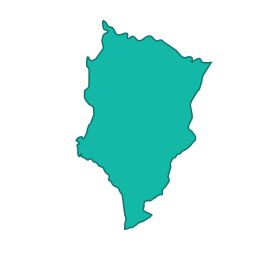 map outline of Si Sa Ket (Natural Earth projection), rotated 204°
{"feature_id": "THA-425", "entity_name": "Si Sa Ket", "entity_type": "Province", "adm_level": 1, "iso_a3": "THA", "parent_name": "Thailand", "parent_adm1": "", "projection": "natural_earth1", "projection_center": [104.414, 14.961], "detail": "fine", "context": "isolated", "style": "filled", "palette": "teal", "viewbox_px": 256, "rotation_deg": 204, "n_neighbors": 0, "source": "natural_earth", "source_scale": "10m", "svg_char_len": 4520}
<svg xmlns="http://www.w3.org/2000/svg" viewBox="0 0 256 256"><g transform="rotate(204 128 128)"><path d="M183.8,213.3L182.8,213.2L180.7,212.0L178.9,210.4L177.1,209.1L174.9,208.9L173.1,209.9L169.1,213.5L167.1,214.0L166.2,213.2L165.5,210.4L164.5,209.8L163.4,210.3L162.1,212.8L161.2,213.6L159.0,213.7L155.7,212.1L153.5,212.1L151.4,213.5L150.0,215.7L148.7,218.1L147.2,220.0L144.6,221.2L142.4,220.7L140.3,219.6L137.9,219.1L136.5,219.5L135.4,220.4L134.6,221.3L133.9,221.7L133.4,221.7L132.6,221.8L131.7,221.5L130.8,221.1L115.8,218.5L108.6,215.2L105.4,214.9L103.4,216.1L101.7,217.7L99.3,218.5L97.7,217.8L96.9,216.4L96.8,215.0L97.2,214.5L96.1,214.4L95.8,214.9L95.6,215.7L92.3,219.8L91.3,220.4L89.6,220.3L88.7,219.5L88.0,218.6L87.2,218.1L82.4,219.6L78.7,221.7L80.9,206.7L80.4,203.1L80.1,202.0L79.9,201.5L79.3,198.6L78.8,194.5L78.7,192.7L78.8,191.4L79.6,189.4L80.9,180.1L80.9,175.6L80.5,174.5L80.3,174.1L74.7,165.9L73.7,163.9L73.5,162.9L73.7,155.2L73.5,154.1L72.6,152.4L72.4,152.0L72.1,151.7L71.6,151.4L70.5,151.3L69.9,151.2L68.8,151.0L67.9,150.6L63.3,147.9L62.8,147.4L62.4,146.7L61.8,145.4L61.7,144.6L61.6,143.9L62.1,143.0L62.4,142.5L62.8,141.4L63.8,137.6L64.2,136.6L64.4,136.1L65.0,134.6L66.5,131.9L68.9,129.0L69.3,128.0L69.5,126.9L69.7,126.3L69.9,125.9L70.2,125.5L71.7,124.4L72.0,124.0L72.3,123.5L72.5,122.8L72.6,121.0L72.7,120.6L72.9,120.3L73.5,119.7L73.9,119.4L74.3,118.9L74.7,117.9L75.0,115.9L75.0,113.6L74.8,112.5L74.5,111.7L73.5,110.7L72.8,107.5L72.2,102.5L71.8,100.5L71.4,99.3L70.5,98.7L70.1,98.3L69.6,97.7L69.0,96.4L68.9,95.6L69.0,94.8L69.3,93.5L69.5,92.5L69.7,90.5L69.9,89.5L70.2,88.8L70.6,88.2L70.9,87.3L71.3,85.5L71.2,84.6L71.0,84.0L70.6,83.5L70.2,82.9L69.8,81.8L69.8,81.2L70.0,80.7L70.5,80.6L71.0,80.6L71.4,80.5L71.9,80.3L72.2,79.9L72.4,79.5L72.7,78.7L72.9,78.4L73.5,78.1L74.0,77.6L74.4,77.0L74.6,75.7L75.0,75.1L75.4,74.7L75.8,74.4L76.2,74.1L76.5,73.4L76.6,72.7L76.8,72.2L77.1,71.8L78.1,70.8L78.4,70.5L79.3,70.1L81.1,69.4L81.6,69.1L82.1,68.7L82.4,68.1L82.9,66.9L82.8,65.4L81.7,63.5L81.3,61.3L80.8,59.5L79.3,58.6L77.2,58.4L72.7,58.5L70.9,58.2L71.7,55.7L76.3,48.9L79.1,46.5L80.3,44.7L81.0,42.9L82.2,41.3L83.2,39.4L83.9,38.6L84.4,38.4L85.1,38.2L86.0,37.6L86.7,36.5L88.0,35.5L89.8,34.2L92.0,39.7L92.7,44.2L95.8,47.8L105.1,63.1L106.3,64.8L108.1,65.7L109.0,66.3L111.7,68.7L112.6,69.2L113.1,69.4L113.6,69.5L117.6,69.6L118.4,69.9L119.5,70.4L121.2,71.8L122.1,72.4L122.8,72.6L123.3,72.4L123.9,72.3L124.2,72.6L124.6,72.9L124.8,73.4L124.9,74.0L125.0,74.8L125.3,75.9L125.6,76.5L126.2,77.0L126.5,77.3L128.1,77.7L129.1,77.9L130.1,78.2L130.5,78.4L132.2,79.5L133.9,81.2L134.3,81.4L134.7,81.6L135.8,81.7L138.0,81.6L138.9,81.6L139.3,81.7L139.7,81.9L141.7,83.1L142.2,83.3L143.3,83.6L143.8,83.6L144.3,83.5L145.5,83.1L145.8,83.0L146.0,83.1L146.7,83.5L148.2,84.6L148.6,84.8L149.1,84.8L149.6,84.7L150.0,84.4L150.8,83.5L151.2,83.0L151.3,82.9L151.5,82.6L151.9,82.4L152.3,82.3L152.8,82.4L153.8,82.7L154.9,82.9L158.3,83.0L158.5,83.0L159.8,84.7L160.2,85.0L160.5,84.8L160.6,84.3L160.4,83.1L160.4,82.9L160.5,82.7L160.6,82.3L161.4,82.4L162.0,82.5L163.1,83.8L164.7,87.3L164.6,87.1L165.7,89.4L166.3,90.1L166.9,90.5L167.4,91.2L167.5,92.6L165.7,93.6L166.9,94.7L168.4,95.2L170.2,95.3L170.0,97.4L169.3,99.0L168.2,100.2L166.6,101.2L164.7,99.8L164.0,100.8L163.9,101.2L163.8,101.8L163.8,106.3L164.7,112.2L164.8,113.8L164.8,114.9L164.2,116.4L164.0,117.0L164.0,117.6L164.3,121.2L164.3,121.9L164.6,126.3L165.4,128.3L167.6,132.1L168.2,132.8L168.6,133.1L169.0,133.4L169.4,133.6L169.9,133.7L172.1,133.6L173.2,133.9L174.1,134.3L177.2,135.9L179.5,137.5L180.1,138.3L180.4,138.7L182.4,143.4L182.6,144.0L182.6,144.7L182.3,145.7L182.0,146.3L181.2,147.0L181.0,147.5L180.8,148.0L180.7,148.6L180.6,149.2L180.7,150.1L181.0,151.2L187.2,165.4L187.4,165.8L187.7,166.2L188.1,166.5L188.5,166.7L188.9,167.0L189.9,167.3L190.4,167.5L190.7,167.8L191.1,168.2L191.3,168.6L191.6,169.2L193.9,175.5L193.9,176.0L193.8,176.4L193.3,176.5L192.9,176.4L192.4,176.2L191.5,175.2L191.1,174.9L190.6,174.7L190.1,174.6L189.6,174.6L189.1,174.6L188.6,174.8L187.4,175.5L187.0,175.8L186.7,176.2L185.9,177.4L185.7,177.9L185.3,178.9L183.0,190.2L183.2,191.1L183.6,192.2L186.4,195.9L186.7,196.2L187.0,196.6L187.3,197.5L187.7,198.9L188.2,201.4L188.2,202.6L188.1,203.5L187.7,204.5L187.4,204.9L186.0,206.5L185.8,206.8L185.7,207.3L185.6,207.8L185.9,208.2L186.2,208.6L187.0,208.7L187.5,208.7L188.1,208.5L189.2,208.3L189.8,208.4L190.3,208.5L191.6,209.8L194.4,214.8L194.0,216.1L191.7,215.6L190.6,215.0L188.5,213.4L187.5,212.9L186.3,212.9L183.8,213.3Z" fill="#14b8a6" stroke="#0f766e" stroke-width="1.5"/></g></svg>